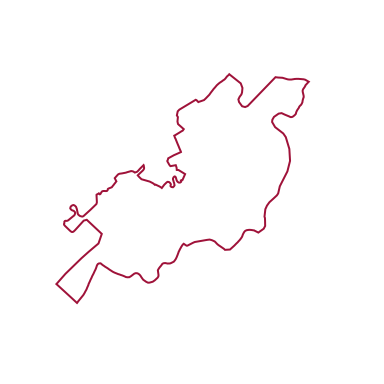 Sahar, Sa`dah, Yemen (Mercator projection), rotated 224°
{"feature_id": "15242507B10960751674051", "entity_name": "Sahar", "entity_type": "district", "adm_level": 2, "iso_a3": "YEM", "parent_name": "Yemen", "parent_adm1": "Sa`dah", "projection": "mercator", "projection_center": [43.698, 16.931], "detail": "fine", "context": "isolated", "style": "outline", "palette": "rose", "viewbox_px": 384, "rotation_deg": 224, "n_neighbors": 0, "source": "geoboundaries", "source_scale": "gbopen_adm2", "svg_char_len": 5965}
<svg xmlns="http://www.w3.org/2000/svg" viewBox="0 0 384 384"><g transform="rotate(224 192 192)"><path d="M184.6,352.4L188.6,351.4L190.0,350.6L193.7,347.6L195.2,346.2L196.5,344.8L198.6,342.0L199.9,340.7L200.6,340.1L201.6,339.4L205.7,337.3L206.4,336.9L209.4,334.3L210.7,333.3L211.7,332.6L211.7,292.5L212.8,290.0L215.5,288.5L220.7,289.4L223.0,290.9L223.9,293.7L224.2,296.4L225.1,298.3L228.0,301.9L232.4,304.0L247.0,302.6L246.9,301.9L246.9,301.6L247.1,299.9L247.0,298.3L246.8,297.0L246.8,295.5L247.1,294.1L247.3,293.3L247.3,292.8L247.6,291.4L247.9,290.1L248.1,288.7L248.2,287.3L248.3,286.0L248.2,284.7L248.1,283.4L248.0,280.8L247.8,279.5L247.7,278.4L247.5,276.6L247.3,275.3L247.1,274.0L247.1,272.5L247.1,271.2L247.1,269.8L247.1,268.5L247.2,267.0L247.2,266.5L248.5,263.9L249.6,261.8L249.9,261.1L252.5,261.2L253.4,260.9L253.5,260.5L258.3,242.5L258.3,240.1L256.1,236.6L254.2,236.1L251.4,232.6L249.3,231.2L248.0,231.2L246.3,231.3L241.6,231.5L241.3,229.8L241.9,227.8L242.0,227.2L243.6,221.1L243.9,220.2L241.7,219.1L240.9,218.9L238.7,217.9L236.0,216.7L233.4,215.6L231.4,214.7L228.0,213.3L227.7,213.1L228.3,211.5L229.6,208.3L229.9,207.5L230.3,206.6L230.6,205.8L232.5,199.7L232.1,199.0L231.7,198.3L231.6,197.9L231.4,197.3L231.3,197.1L230.3,196.7L228.5,196.2L227.6,195.9L226.5,195.7L225.8,195.6L225.4,195.7L222.3,200.0L220.0,198.8L218.3,197.3L217.0,198.4L215.8,198.7L209.4,200.1L207.2,194.1L207.3,193.9L207.4,193.5L207.7,193.4L207.9,193.0L208.0,192.6L207.6,192.4L207.2,192.3L207.0,192.0L206.9,191.5L207.1,190.6L207.6,190.0L208.1,189.6L208.9,189.4L210.1,189.4L211.3,189.8L213.5,191.1L214.3,191.4L214.8,191.4L215.4,191.0L215.5,189.9L215.1,188.6L214.5,187.9L212.9,187.0L212.6,186.8L211.9,186.4L211.1,186.1L210.9,185.9L209.2,184.7L208.9,183.5L209.0,182.2L210.3,181.3L210.9,181.3L211.4,181.3L211.7,181.4L212.0,181.9L212.4,182.7L212.8,183.0L214.2,183.3L215.4,183.2L216.2,182.7L216.7,182.2L216.9,181.3L217.0,178.0L216.5,173.9L217.5,173.8L219.2,173.4L223.4,172.0L223.6,171.4L225.5,171.3L226.8,171.0L229.7,170.1L237.2,166.1L238.7,166.1L240.3,166.1L241.8,166.2L242.6,166.3L242.6,167.4L242.3,173.2L242.3,173.9L242.6,175.2L243.1,176.0L243.9,176.6L245.2,177.6L245.5,177.7L245.6,172.3L245.5,170.8L245.5,168.9L245.6,168.3L246.4,166.7L246.6,166.3L247.8,166.1L248.8,165.8L249.3,165.5L250.3,164.8L250.3,164.7L251.0,163.6L251.7,162.4L252.4,161.2L253.0,160.0L255.1,157.0L256.1,155.7L256.7,155.0L257.1,154.2L257.4,153.2L257.2,148.3L253.8,147.1L253.8,146.9L253.6,145.4L253.5,144.7L253.5,144.1L253.3,142.8L253.2,141.3L253.0,139.7L254.5,136.4L254.6,135.7L254.0,134.8L253.9,133.8L254.4,133.0L255.6,132.0L256.6,131.0L257.1,130.0L257.0,128.9L256.7,127.6L256.5,127.0L256.7,126.3L257.2,126.2L258.1,126.3L258.3,125.3L258.6,124.5L258.8,123.8L258.6,123.5L254.2,119.4L253.1,118.3L252.4,116.9L252.7,108.4L253.3,99.4L253.6,98.4L254.4,97.7L256.0,96.9L257.8,96.7L259.1,97.0L260.1,97.8L260.3,97.9L263.1,99.8L265.2,100.8L266.8,100.8L267.6,100.6L268.3,100.2L268.8,99.3L269.0,98.5L269.1,97.3L268.7,96.4L268.3,95.7L267.3,95.4L266.1,95.4L264.9,95.8L264.2,96.2L263.5,96.3L262.2,96.2L261.6,95.9L261.2,95.3L260.6,94.2L260.5,92.7L260.6,92.4L261.4,85.5L261.9,84.4L262.4,83.9L263.0,83.4L263.3,82.8L263.2,82.0L262.1,80.8L261.9,80.1L261.3,79.6L259.7,79.4L252.8,79.4L251.6,79.5L250.8,79.7L250.2,80.2L249.8,80.9L249.7,81.4L249.6,83.1L250.0,96.2L248.4,98.9L227.8,99.2L223.5,90.0L224.1,84.1L224.8,77.1L225.5,67.6L226.2,45.3L225.6,32.2L225.6,31.6L207.1,32.1L197.6,32.3L197.6,32.5L197.9,34.1L198.6,42.4L199.1,44.6L199.5,45.9L199.9,47.4L200.2,48.6L200.8,50.0L201.4,51.6L201.8,52.8L202.5,54.1L202.9,55.3L203.4,56.8L204.0,58.3L204.4,59.6L204.8,60.8L205.3,62.0L205.7,63.4L206.1,64.8L206.6,66.2L207.1,67.6L207.5,69.0L208.1,70.5L208.8,72.0L209.4,73.2L209.6,74.3L209.7,74.7L209.3,76.0L208.2,77.2L206.9,77.3L205.5,77.4L204.0,77.7L202.5,77.9L201.2,78.2L199.9,78.5L198.4,78.7L197.1,78.9L195.7,79.2L194.1,79.5L192.9,79.8L191.2,80.4L189.5,81.1L188.0,81.7L186.9,82.3L185.5,82.9L184.3,83.5L183.1,84.0L181.8,84.5L180.5,84.9L179.2,85.8L177.9,87.2L177.4,89.1L176.8,93.1L176.2,94.4L175.1,95.4L173.9,95.9L172.5,96.1L171.0,96.0L169.0,95.5L166.2,95.0L162.4,95.6L160.7,96.2L159.6,97.3L157.9,100.2L157.4,102.7L157.2,106.4L157.5,107.8L158.3,108.9L162.2,112.0L162.5,113.0L162.8,114.4L163.0,116.1L163.0,116.5L163.1,117.7L163.1,118.0L163.3,118.9L163.4,119.6L163.1,120.8L162.5,121.6L161.9,122.3L159.7,123.7L159.2,124.3L158.6,124.9L158.2,125.3L157.6,126.6L157.2,127.8L156.7,129.2L156.8,130.5L157.0,131.9L157.2,132.8L157.4,133.4L157.8,134.6L158.3,135.8L158.4,136.0L158.5,136.3L158.6,136.6L158.9,137.2L159.1,137.7L159.4,138.4L160.0,139.7L160.1,139.8L160.5,141.4L160.7,141.7L161.3,144.0L161.7,145.4L161.9,146.6L162.1,147.7L162.0,149.0L159.5,149.4L158.5,149.7L158.0,150.3L156.1,155.9L155.3,157.9L148.0,167.9L146.3,170.0L145.1,170.7L143.9,171.3L141.3,172.2L140.0,172.2L138.6,172.1L137.0,172.1L135.4,172.3L133.8,172.6L130.8,173.1L129.6,173.3L128.1,173.3L124.7,177.0L124.6,178.6L124.5,179.9L124.4,181.4L124.3,182.9L124.3,184.4L124.3,185.9L124.2,187.4L124.3,188.8L124.3,190.2L124.4,191.5L124.6,193.0L124.8,194.2L125.1,195.1L125.3,195.5L125.9,196.8L126.3,198.1L126.7,199.7L126.7,201.0L126.2,202.4L125.4,203.5L124.5,204.6L123.2,205.7L121.8,206.7L120.5,207.6L120.3,207.6L116.1,208.9L115.4,212.7L114.9,215.4L115.8,218.4L117.3,219.9L118.3,220.9L119.5,222.1L121.5,224.0L122.7,224.6L127.3,230.6L128.6,234.3L129.2,238.4L128.8,244.6L128.6,248.5L129.0,250.8L132.8,257.1L137.7,273.1L143.1,282.5L151.9,290.6L162.6,296.6L167.0,297.5L177.3,296.4L183.0,298.0L184.4,299.8L185.2,303.0L184.1,308.6L182.3,311.0L179.3,312.0L174.5,313.9L173.2,314.3L172.3,315.2L171.9,316.0L171.8,316.4L171.6,317.7L171.5,319.0L171.6,320.4L172.3,321.5L172.8,322.7L173.2,324.1L173.4,325.3L173.6,326.6L174.1,327.9L174.2,329.2L174.1,330.5L174.4,331.8L174.9,333.2L175.7,334.3L176.4,335.4L177.0,336.6L177.6,337.9L178.6,338.8L179.8,339.6L180.9,340.3L182.0,341.0L183.0,342.0L183.5,343.2L183.7,344.5L183.9,345.8L184.2,347.0L184.5,347.4L184.6,351.1L184.6,352.4Z" fill="none" stroke="#9f1239" stroke-width="2"/></g></svg>